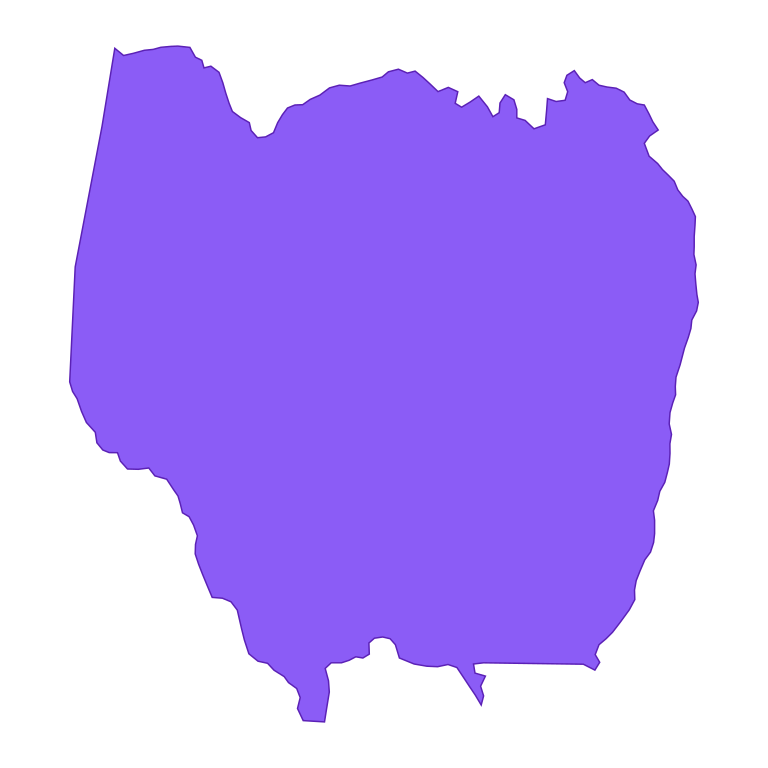 Serra, Espírito Santo, Brazil
{"feature_id": "56859067B13062321708335", "entity_name": "Serra", "entity_type": "district", "adm_level": 2, "iso_a3": "BRA", "parent_name": "Brazil", "parent_adm1": "Espírito Santo", "projection": "robinson", "projection_center": [-40.286, -20.137], "detail": "fine", "context": "isolated", "style": "filled", "palette": "violet", "viewbox_px": 768, "rotation_deg": 0, "n_neighbors": 0, "source": "geoboundaries", "source_scale": "gbopen_adm2", "svg_char_len": 2740}
<svg xmlns="http://www.w3.org/2000/svg" viewBox="0 0 768 768"><path d="M324.5,721.9L326.7,708.0L329.3,692.0L328.5,680.8L325.2,668.4L331.2,662.8L341.5,662.8L349.1,660.3L355.8,656.8L362.9,658.0L369.3,654.1L368.9,643.0L374.4,638.2L382.7,637.0L390.1,638.7L395.4,644.7L399.4,658.0L414.1,664.0L426.8,666.2L437.6,666.7L448.0,664.5L456.9,667.5L463.3,677.1L469.7,686.8L475.3,695.1L481.2,705.0L483.6,695.9L480.6,686.2L485.4,676.1L475.0,673.1L473.5,664.0L483.6,662.8L583.3,664.2L594.9,670.1L599.7,662.3L595.2,654.6L599.0,644.7L606.1,638.7L612.5,632.3L619.9,622.7L629.3,609.8L634.8,599.6L634.5,590.0L636.2,580.6L640.0,571.0L644.8,559.8L650.5,552.1L653.6,542.5L654.6,533.6L654.6,520.2L653.4,510.8L657.7,500.4L659.8,491.3L664.8,482.3L667.4,472.4L669.3,464.1L670.0,453.4L669.9,443.7L671.5,434.4L669.2,423.9L670.0,412.6L672.7,403.0L675.6,394.8L675.3,386.6L676.0,377.2L680.1,364.8L684.5,348.0L688.3,337.3L690.9,328.5L691.8,320.0L696.6,310.9L698.3,302.4L696.9,294.5L695.8,283.7L695.0,273.8L696.1,264.9L693.9,254.5L694.2,246.6L694.2,236.7L695.0,225.2L695.4,216.6L692.1,209.4L688.0,201.2L682.7,196.3L677.8,189.9L674.2,181.2L668.2,175.1L662.5,169.6L657.7,163.6L649.1,156.2L644.3,143.3L649.6,136.0L658.2,130.0L652.8,121.8L649.1,114.1L644.3,105.0L637.2,103.8L629.8,100.0L624.1,92.1L616.2,88.2L606.9,87.0L599.0,85.2L592.3,79.6L585.2,82.7L579.7,78.0L574.3,70.6L566.9,75.3L564.2,82.7L567.7,91.7L565.1,100.3L556.1,101.5L547.5,98.6L546.6,110.5L545.3,124.8L534.0,128.8L525.1,120.4L516.8,117.9L516.8,109.4L513.9,99.8L505.3,94.7L500.0,103.0L499.2,112.7L492.9,116.7L487.4,106.8L478.8,96.1L470.2,102.0L461.6,107.2L455.2,103.3L457.8,91.7L448.3,87.4L438.0,91.6L430.4,84.3L423.0,77.5L415.1,71.1L407.4,73.1L398.4,69.2L388.4,71.8L382.2,77.0L371.9,80.0L359.8,83.2L350.1,86.0L339.3,85.2L329.5,87.9L319.9,95.1L310.2,99.4L302.7,104.7L294.9,105.0L287.5,108.0L282.5,114.6L277.7,122.6L273.5,132.7L265.6,136.9L257.5,137.7L251.1,130.5L249.3,122.6L240.6,117.6L232.4,111.5L229.1,103.3L225.7,92.9L222.8,82.7L219.0,72.3L210.9,66.2L204.0,67.9L201.8,60.3L195.4,57.2L189.9,47.4L177.9,46.1L170.8,46.4L160.8,47.3L153.2,49.4L144.3,50.3L133.4,53.3L123.6,55.5L114.8,48.3L102.0,126.5L100.5,134.4L75.2,266.9L69.7,381.9L72.6,391.5L77.1,398.7L81.5,411.3L86.4,422.5L95.3,432.3L96.9,442.8L102.8,450.0L109.2,452.6L117.5,452.7L120.4,461.1L127.5,469.0L138.3,469.3L148.8,468.0L154.9,475.9L166.7,479.2L173.8,490.0L178.0,496.0L180.2,503.4L182.5,512.8L189.1,516.7L193.6,525.1L197.4,535.8L195.5,544.4L195.2,553.9L198.6,564.2L202.6,574.4L207.1,585.3L212.2,597.4L222.4,598.2L231.0,601.8L237.3,610.1L241.5,628.4L244.4,640.0L248.9,653.8L258.0,661.2L267.6,663.3L274.0,670.2L284.2,676.6L288.5,682.6L296.7,688.5L300.2,697.6L297.5,708.5L303.2,720.6L324.5,721.9Z" fill="#8b5cf6" stroke="#5b21b6" stroke-width="1.5"/></svg>